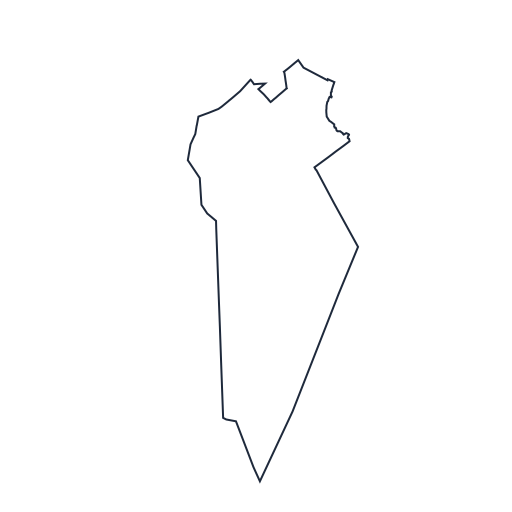 outline of Santo Domingo Tomaltepec, Oaxaca, Mexico, rotated 122°
{"feature_id": "50627088B74406659640809", "entity_name": "Santo Domingo Tomaltepec", "entity_type": "district", "adm_level": 2, "iso_a3": "MEX", "parent_name": "Mexico", "parent_adm1": "Oaxaca", "projection": "albers", "projection_center": [-96.619, 17.07], "detail": "fine", "context": "isolated", "style": "outline", "palette": "slate", "viewbox_px": 512, "rotation_deg": 122, "n_neighbors": 0, "source": "geoboundaries", "source_scale": "gbopen_adm2", "svg_char_len": 2062}
<svg xmlns="http://www.w3.org/2000/svg" viewBox="0 0 512 512"><g transform="rotate(122 256 256)"><path d="M168.3,378.7L175.4,375.9L176.7,375.4L176.9,375.4L184.8,372.1L188.6,371.7L196.0,370.7L201.1,368.6L210.9,364.6L219.7,345.0L241.5,329.4L245.8,319.9L247.4,308.5L254.2,304.0L279.3,287.0L316.5,261.8L335.2,249.1L365.6,228.6L410.7,198.1L410.4,194.6L406.8,185.4L436.5,146.1L445.0,133.3L368.5,142.6L279.2,159.3L244.6,165.8L194.2,174.3L169.6,218.3L151.2,250.2L151.1,251.1L149.8,253.4L134.3,247.2L125.3,243.8L116.3,240.2L108.4,237.2L108.6,237.4L108.4,238.1L107.3,239.3L107.4,240.6L106.7,241.1L105.8,241.4L104.3,241.3L103.7,241.5L103.6,242.2L103.8,243.4L103.9,244.4L104.3,244.8L106.0,245.6L106.6,246.0L106.4,246.8L106.0,247.2L105.8,247.9L105.9,248.3L105.6,250.7L106.4,252.0L106.9,252.7L106.8,253.0L107.0,253.6L106.8,254.3L106.1,255.0L105.4,255.7L105.2,256.4L105.3,256.8L105.0,256.8L105.1,257.7L104.8,258.3L102.9,259.4L102.8,260.7L102.5,263.3L102.5,265.4L100.3,269.9L96.9,272.5L95.5,273.4L95.0,273.8L94.1,274.1L91.2,275.8L87.6,277.2L86.4,277.0L84.1,277.7L82.1,277.9L81.5,276.1L80.8,276.2L80.1,277.6L77.5,279.2L77.0,278.9L76.2,279.0L75.5,279.6L69.7,281.1L68.4,281.3L68.1,281.5L67.6,281.6L67.0,281.7L68.0,288.8L69.1,288.5L71.1,315.5L67.5,324.0L67.9,324.1L69.3,324.6L72.2,325.6L77.5,327.3L78.4,327.6L80.7,328.4L81.0,328.5L81.5,328.7L82.2,328.9L82.5,329.1L84.1,329.6L85.0,330.0L85.2,329.6L85.6,329.0L87.3,327.5L89.4,325.7L91.6,323.9L93.2,322.5L94.4,321.5L95.2,320.8L97.1,319.3L97.5,318.7L98.4,319.1L102.0,320.2L103.6,320.7L107.6,322.0L111.7,323.2L111.9,323.3L113.3,323.8L116.4,324.7L116.5,324.8L117.7,325.2L117.5,326.1L116.8,328.3L116.7,328.3L116.4,329.3L116.1,330.3L115.9,331.2L115.6,332.2L115.3,333.2L115.0,334.2L114.7,335.3L113.8,339.9L113.2,342.4L112.4,342.1L112.2,342.0L105.0,339.7L107.9,344.0L110.4,347.4L111.4,348.7L110.3,351.2L109.3,353.9L109.3,354.0L109.7,354.1L123.0,356.5L124.7,356.8L133.0,359.4L137.0,360.7L138.3,361.2L138.8,361.3L140.9,362.0L147.7,364.3L151.2,365.8L159.8,372.1L161.7,373.6L168.3,378.7Z" fill="none" stroke="#1e293b" stroke-width="2"/></g></svg>